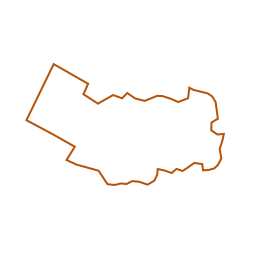 outline of Presidente Lucena, Rio Grande do Sul, Brazil, rotated 200°
{"feature_id": "56859067B94110743139040", "entity_name": "Presidente Lucena", "entity_type": "district", "adm_level": 2, "iso_a3": "BRA", "parent_name": "Brazil", "parent_adm1": "Rio Grande do Sul", "projection": "mercator", "projection_center": [-51.191, -29.525], "detail": "fine", "context": "isolated", "style": "outline", "palette": "amber", "viewbox_px": 256, "rotation_deg": 200, "n_neighbors": 0, "source": "geoboundaries", "source_scale": "gbopen_adm2", "svg_char_len": 790}
<svg xmlns="http://www.w3.org/2000/svg" viewBox="0 0 256 256"><g transform="rotate(200 128 128)"><path d="M219.7,162.6L226.1,100.6L196.7,96.4L171.6,92.2L174.8,76.9L163.8,76.0L141.0,77.8L128.1,68.2L121.0,69.9L115.8,73.4L110.2,74.9L105.9,79.5L99.2,81.3L90.2,81.5L85.2,87.6L84.6,94.2L86.0,99.6L78.6,100.6L71.6,100.6L68.4,106.2L62.0,106.3L58.0,111.7L53.8,117.8L45.9,119.5L43.0,113.9L37.9,116.1L33.2,119.5L30.9,123.9L29.9,131.4L34.7,139.7L35.0,148.5L35.9,155.2L41.7,152.5L49.0,154.3L51.4,161.7L46.7,167.5L54.5,182.2L59.7,186.5L65.1,187.8L71.3,187.1L79.3,186.2L84.2,186.8L81.7,176.5L89.7,169.6L97.9,170.1L106.5,169.8L111.7,168.1L121.6,159.2L131.4,158.2L140.7,160.6L143.7,153.9L153.2,153.9L164.6,140.6L181.4,144.5L180.6,155.9L219.7,162.6Z" fill="none" stroke="#b45309" stroke-width="2"/></g></svg>